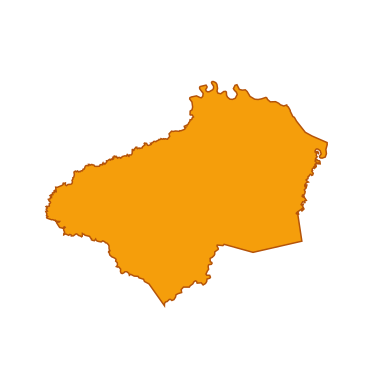 outline of Parita, Herrera, Panama, rotated 337°
{"feature_id": "35544464B83627234663474", "entity_name": "Parita", "entity_type": "district", "adm_level": 2, "iso_a3": "PAN", "parent_name": "Panama", "parent_adm1": "Herrera", "projection": "mercator", "projection_center": [-80.596, 8.035], "detail": "fine", "context": "isolated", "style": "filled", "palette": "amber", "viewbox_px": 384, "rotation_deg": 337, "n_neighbors": 0, "source": "geoboundaries", "source_scale": "gbopen_adm2", "svg_char_len": 6026}
<svg xmlns="http://www.w3.org/2000/svg" viewBox="0 0 384 384"><g transform="rotate(337 192 192)"><path d="M221.9,116.8L220.4,120.1L220.8,120.6L222.2,121.0L222.7,123.5L221.2,123.8L220.2,125.0L219.2,125.2L218.5,124.7L217.4,126.3L216.2,126.9L214.9,128.1L213.8,128.3L213.1,129.1L212.8,128.4L210.5,128.5L210.4,129.5L211.2,130.4L210.4,130.6L209.8,131.4L205.7,131.3L204.8,130.8L203.8,131.1L200.7,129.4L198.2,128.9L197.0,128.0L193.6,129.5L193.2,132.1L190.0,133.8L188.0,132.4L187.0,132.5L186.6,131.8L185.2,131.8L184.3,130.7L183.8,131.1L182.9,131.2L182.2,130.7L181.5,131.2L179.6,131.2L178.4,131.6L177.7,130.9L176.5,130.5L175.2,131.2L174.5,130.9L173.8,131.5L172.9,131.0L172.9,132.3L170.3,132.2L169.3,131.6L169.2,129.5L167.4,128.4L166.9,128.7L167.1,130.2L164.1,131.0L163.5,131.9L160.7,131.4L160.5,130.8L158.7,130.8L158.3,129.7L158.7,129.3L158.0,128.8L155.6,130.0L154.8,130.9L154.3,130.9L154.0,129.7L153.6,129.6L151.9,133.3L150.5,134.1L149.0,133.5L147.8,134.6L147.4,134.0L147.5,132.5L147.1,132.1L145.6,133.3L144.5,132.5L141.6,132.1L140.6,132.8L139.3,132.8L139.3,132.2L138.4,131.6L136.8,131.7L136.9,131.0L136.0,130.6L136.1,129.6L135.2,129.6L135.0,128.8L134.4,128.5L134.1,128.8L134.4,129.2L132.8,129.1L133.1,130.1L131.5,130.2L131.9,130.9L131.0,130.9L129.3,129.9L129.1,130.5L128.4,129.8L126.2,130.3L125.5,129.9L125.0,131.2L122.7,132.3L122.4,131.3L121.5,131.4L121.5,130.4L120.4,131.2L120.7,131.8L120.3,132.0L118.2,131.0L116.9,132.1L114.5,131.3L112.5,130.3L112.2,128.8L110.9,128.1L110.6,127.5L108.7,127.5L108.6,126.7L107.4,126.1L107.0,127.3L104.9,126.3L103.8,126.6L101.8,128.8L100.8,128.4L99.5,129.6L98.3,129.2L96.8,129.6L96.1,128.9L95.3,129.1L94.7,127.8L93.4,128.2L92.9,127.2L91.6,127.3L91.1,127.7L90.4,130.2L89.0,132.1L87.8,132.4L87.6,133.4L86.1,134.4L85.9,136.0L84.8,137.3L83.5,137.6L80.9,136.6L78.9,137.1L78.2,135.9L79.0,134.2L77.7,134.1L77.0,133.5L76.6,133.8L76.4,134.7L75.1,135.1L69.9,135.1L68.4,134.3L67.1,138.7L66.4,138.3L66.4,136.9L65.4,137.1L65.0,138.7L63.9,138.3L63.0,138.5L62.9,140.0L61.4,139.5L59.8,139.8L60.0,140.3L61.2,140.7L60.5,142.3L59.5,141.8L58.8,142.8L56.9,142.6L57.1,144.8L57.7,145.2L57.8,146.2L57.3,146.8L56.1,146.9L55.2,149.2L53.4,148.9L52.5,148.3L51.9,148.4L52.6,150.2L51.1,150.8L51.4,153.1L49.8,152.7L49.9,155.5L48.8,156.9L49.7,158.1L48.3,158.5L48.3,159.4L51.9,162.7L53.0,163.0L54.2,164.3L55.0,164.4L55.5,165.1L55.1,165.7L58.6,167.4L57.9,167.8L55.8,167.0L55.3,167.3L56.3,172.9L59.0,175.0L60.8,174.1L61.4,174.9L59.4,175.8L59.0,176.9L59.0,179.3L57.7,180.3L57.2,181.3L59.2,181.2L61.6,183.7L63.0,183.3L64.0,184.4L63.7,185.3L65.7,186.0L68.4,185.3L69.5,185.5L70.7,187.8L72.0,188.8L72.8,190.1L73.7,189.8L74.9,187.4L75.5,188.5L76.2,188.8L76.6,190.0L80.4,192.8L80.7,194.9L81.2,195.8L80.7,196.6L81.4,197.5L83.1,198.7L84.9,197.7L84.8,198.4L85.3,199.8L86.5,200.9L88.9,202.5L90.8,202.1L92.2,203.7L92.5,204.9L93.6,205.6L94.5,207.9L94.5,209.3L93.4,212.0L93.5,214.0L92.8,214.5L92.1,214.1L91.7,214.7L92.0,216.0L91.7,217.8L92.8,220.3L95.0,222.6L95.8,224.3L94.7,225.8L95.6,227.8L95.1,229.5L94.5,230.5L93.2,231.1L94.3,232.1L95.2,232.2L96.2,235.0L95.0,237.4L95.1,239.1L95.9,239.8L97.5,239.8L99.1,239.2L100.8,239.9L102.1,242.2L101.8,244.2L103.4,243.8L105.9,246.8L109.4,248.6L109.7,250.3L113.3,253.4L113.3,255.8L116.5,259.8L122.2,285.9L123.1,283.9L124.6,282.9L126.4,283.1L129.1,282.0L130.3,282.5L131.1,284.0L133.3,284.0L135.7,282.4L137.1,280.4L139.2,280.1L143.2,280.5L143.9,277.6L147.0,276.2L152.4,278.5L153.7,277.6L156.8,276.9L158.8,275.4L160.4,275.1L161.3,276.1L161.1,277.9L165.0,279.2L165.9,281.9L168.6,281.5L170.5,280.2L171.8,278.0L174.7,278.3L175.7,277.6L175.7,275.6L173.0,274.3L172.8,273.0L175.2,270.8L177.1,269.6L177.7,267.0L178.5,265.8L179.3,265.5L181.5,266.1L182.5,265.6L182.7,264.6L181.6,263.2L182.7,260.2L185.2,260.0L187.5,259.1L188.5,258.3L189.6,256.0L193.6,255.1L194.1,254.2L193.9,251.4L194.5,250.7L199.5,253.4L201.1,252.7L224.6,271.4L273.9,280.2L280.5,254.5L281.2,254.2L279.6,252.8L279.7,252.3L280.8,251.8L280.9,252.9L281.6,253.3L281.8,251.5L286.3,250.5L287.0,251.0L286.4,251.6L285.6,251.5L285.8,252.4L288.3,251.5L288.5,250.9L287.3,250.1L288.4,249.6L288.2,248.2L289.6,246.8L287.8,246.9L287.5,246.2L290.1,244.2L291.9,245.6L292.2,244.2L294.0,244.4L293.3,240.9L293.6,239.0L292.6,238.7L292.2,239.8L291.7,239.1L292.5,238.0L294.0,238.1L295.0,237.7L296.3,236.0L296.2,233.9L298.5,233.0L300.5,230.5L299.9,230.0L298.2,231.2L298.1,230.5L298.8,229.3L301.0,228.1L303.0,228.3L301.7,226.0L301.9,225.3L304.0,225.0L304.9,223.1L305.9,223.1L307.7,221.9L308.3,222.1L308.7,223.5L309.7,223.5L310.9,222.2L310.4,219.8L311.4,219.3L311.1,218.6L312.1,217.4L313.4,217.5L313.9,216.5L314.8,216.2L315.4,216.4L314.7,217.8L316.3,217.2L316.6,216.5L315.8,215.0L316.4,214.4L317.5,214.8L317.9,212.9L319.0,215.0L320.5,214.5L319.5,215.5L321.0,216.2L321.7,213.8L321.5,213.1L320.2,212.3L319.6,210.9L317.8,211.2L318.9,209.4L321.0,208.5L320.6,207.0L321.5,205.6L321.5,204.7L323.1,205.0L323.5,206.0L323.8,205.6L323.5,203.8L321.0,203.2L321.5,202.0L323.0,201.1L323.9,201.1L324.9,202.0L326.1,204.0L325.8,207.5L323.3,208.9L323.1,210.1L323.6,210.9L325.1,211.7L328.3,211.9L330.7,209.3L331.9,205.1L334.9,201.3L335.7,199.3L324.4,187.4L319.6,181.3L315.9,167.7L315.4,163.3L314.3,161.9L314.0,156.2L314.3,155.2L313.9,151.4L313.1,150.1L313.2,148.9L310.1,148.7L307.5,146.3L306.5,144.2L304.2,141.5L299.3,139.6L297.7,136.4L297.6,134.6L297.0,133.8L292.2,133.4L289.0,132.7L286.0,131.1L282.8,126.7L282.0,121.0L281.0,118.8L278.1,117.9L275.7,116.1L275.3,110.8L273.3,110.6L270.5,113.0L270.8,115.1L271.8,117.4L271.8,119.8L268.5,122.6L265.5,122.6L263.2,121.4L261.8,118.7L261.6,116.5L262.7,113.4L262.3,112.5L260.5,111.9L256.9,112.8L254.5,111.2L254.4,108.9L256.0,106.6L257.0,102.6L256.6,100.6L254.9,98.7L253.7,98.2L252.8,98.7L252.6,99.7L253.2,103.0L252.4,104.9L251.1,105.9L247.2,106.4L245.6,106.0L244.5,104.6L244.7,102.9L246.5,101.8L247.0,101.0L246.7,99.1L240.7,98.1L239.9,98.6L239.4,100.0L240.8,105.6L239.3,108.1L237.6,108.9L236.5,108.4L233.7,105.3L228.8,104.3L227.0,104.3L226.2,105.4L227.1,109.2L225.8,114.0L224.2,116.3L221.9,116.8Z" fill="#f59e0b" stroke="#b45309" stroke-width="1.5"/></g></svg>